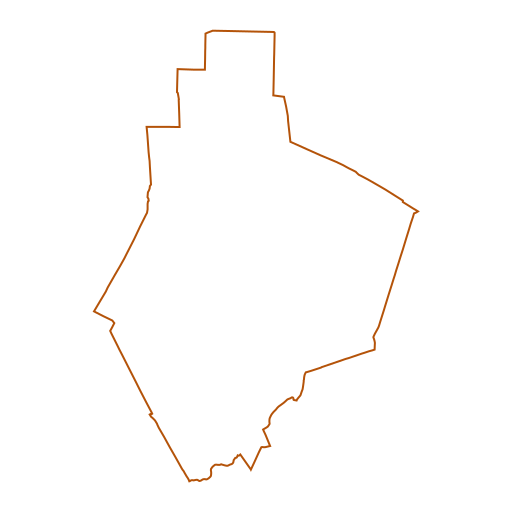 outline of Balesti, Vrancea, Romania
{"feature_id": "2599482B89340498251643", "entity_name": "Balesti", "entity_type": "district", "adm_level": 2, "iso_a3": "ROU", "parent_name": "Romania", "parent_adm1": "Vrancea", "projection": "albers", "projection_center": [27.24, 45.473], "detail": "fine", "context": "isolated", "style": "outline", "palette": "amber", "viewbox_px": 512, "rotation_deg": 0, "n_neighbors": 0, "source": "geoboundaries", "source_scale": "gbopen_adm2", "svg_char_len": 4406}
<svg xmlns="http://www.w3.org/2000/svg" viewBox="0 0 512 512"><path d="M418.0,211.4L415.1,209.6L413.2,208.5L402.8,202.0L402.9,200.6L394.3,195.2L385.6,189.7L379.6,186.2L368.1,179.6L363.4,177.1L360.7,175.7L358.7,174.7L356.3,172.4L355.8,171.8L352.1,169.9L349.2,168.5L346.4,167.0L343.2,165.2L340.9,164.1L337.5,162.5L337.2,162.3L321.5,155.7L321.2,155.6L307.1,149.3L290.4,141.8L288.1,121.1L287.8,115.9L286.1,106.5L284.2,97.9L284.1,97.4L284.0,96.8L273.3,95.4L273.4,93.4L273.7,79.2L274.1,57.3L274.2,54.7L274.6,35.5L274.6,34.0L274.6,33.1L274.6,32.7L274.4,32.4L274.2,32.2L273.8,32.0L270.3,31.9L251.1,31.5L246.5,31.4L228.3,31.0L222.7,30.9L212.7,30.7L210.9,31.4L207.7,32.6L205.5,33.6L205.5,35.9L205.4,40.2L205.3,45.4L205.3,48.1L205.2,50.8L205.1,58.9L205.0,63.5L204.9,69.7L194.9,69.7L177.6,69.1L177.3,80.1L177.0,92.2L177.8,93.0L178.9,99.4L178.7,99.7L179.2,113.4L179.6,127.0L176.4,127.0L170.3,126.9L162.2,126.9L146.6,126.9L147.0,131.0L147.4,135.2L148.6,152.2L148.8,154.1L149.1,157.1L149.6,161.0L149.9,166.8L150.4,174.9L151.0,184.6L149.9,186.0L149.6,188.6L148.8,190.7L148.2,191.7L147.9,192.5L147.5,197.2L148.4,198.7L148.7,200.8L148.0,201.4L147.6,203.9L147.6,209.4L147.0,212.9L146.1,214.5L142.1,222.5L140.1,226.5L134.1,239.2L128.4,250.4L126.4,254.3L124.4,258.3L120.1,266.0L114.9,274.9L107.7,287.5L105.8,291.6L99.7,301.8L94.0,311.4L103.4,316.2L108.6,318.7L112.3,320.5L114.3,323.1L112.1,327.4L110.2,330.9L111.4,333.5L112.3,335.3L116.4,343.5L117.6,345.9L119.4,349.6L122.3,355.2L129.7,369.8L136.0,382.2L137.7,385.6L140.4,391.0L146.2,402.2L151.5,412.2L152.2,413.7L151.6,414.1L151.1,414.1L150.6,414.0L149.7,414.5L151.1,416.8L151.6,417.2L152.5,417.9L153.1,418.5L154.6,420.0L155.3,420.9L155.9,421.9L157.0,423.7L157.3,424.6L158.8,427.8L159.8,429.5L160.9,431.4L164.1,436.9L166.9,442.0L170.1,447.8L175.2,456.7L178.4,462.4L181.9,468.7L182.6,469.8L183.5,470.9L183.8,471.4L184.6,472.9L186.0,475.3L186.7,476.5L187.2,477.2L187.8,478.1L188.2,478.8L188.7,479.7L189.1,480.8L189.3,481.3L189.9,481.1L190.3,480.8L191.0,480.4L191.6,480.2L192.1,480.2L192.5,480.2L192.9,480.2L193.5,480.4L194.1,480.3L194.8,480.1L195.9,479.9L196.8,479.8L197.5,479.9L198.0,480.2L198.9,480.8L199.6,481.0L200.3,480.8L201.1,480.5L201.8,480.0L202.6,479.5L203.1,479.3L204.2,479.1L205.0,479.1L205.9,479.4L206.4,479.4L207.1,479.2L208.5,478.4L209.2,477.8L210.3,476.8L210.9,475.9L211.1,474.6L211.2,473.0L211.1,471.6L210.9,470.5L210.9,469.9L211.0,469.0L211.8,467.8L212.4,467.0L213.0,466.4L214.2,465.4L215.0,464.8L215.7,464.7L216.6,464.7L218.2,464.9L219.1,464.9L219.6,464.9L220.3,464.7L220.8,464.4L221.3,464.3L221.7,464.5L222.8,464.8L223.5,465.0L224.5,465.3L225.8,465.6L227.1,465.8L228.3,465.5L229.2,465.0L230.5,464.4L231.4,464.2L232.3,463.7L232.8,463.2L233.3,462.3L233.7,460.1L234.1,459.6L234.9,458.4L235.3,457.9L235.8,457.9L236.3,457.7L236.8,457.4L237.2,456.5L237.5,455.9L237.7,455.4L237.9,455.5L238.5,455.7L239.2,455.5L239.7,455.1L240.3,454.5L250.8,469.4L250.9,469.6L254.3,462.3L258.9,452.2L261.2,447.5L261.4,447.2L261.7,447.1L262.2,447.0L262.7,447.1L263.6,447.2L264.8,447.2L265.6,447.1L268.0,446.5L270.1,446.0L265.6,435.0L264.2,432.0L263.9,431.4L263.1,429.5L264.8,428.5L266.5,427.5L267.8,426.6L268.7,425.3L269.5,424.1L269.6,423.5L269.5,422.9L269.4,421.6L269.4,420.7L269.5,419.1L269.8,418.0L270.5,416.5L271.4,414.7L272.2,413.6L273.5,412.0L274.6,410.9L276.0,409.5L276.9,408.3L278.0,407.1L278.9,406.3L280.6,405.1L283.6,402.9L285.2,401.5L286.6,400.2L287.1,399.7L287.5,399.4L288.2,399.1L289.7,398.5L290.4,398.3L291.1,397.8L291.8,397.4L292.2,397.4L292.6,397.4L292.8,397.5L293.2,397.9L293.4,398.4L293.5,399.6L293.6,399.8L293.9,400.0L296.6,400.5L297.0,399.5L297.4,399.0L298.6,397.5L300.0,395.9L300.6,395.0L300.8,394.3L301.7,391.6L302.4,389.8L302.6,389.2L303.0,386.8L303.5,383.2L303.7,381.6L303.7,380.5L304.0,379.3L304.1,377.6L304.4,375.9L304.7,374.7L305.3,373.3L305.9,372.3L307.2,372.0L310.9,370.9L321.0,367.6L321.5,367.2L343.2,359.8L343.7,359.6L346.1,358.8L348.6,358.1L362.1,353.5L364.1,352.9L369.2,351.2L372.2,350.4L374.6,349.6L374.7,347.2L374.8,344.8L374.9,342.9L374.6,341.2L374.1,339.3L373.4,337.4L373.5,336.7L374.9,333.7L378.3,327.6L379.0,325.8L380.3,321.5L382.8,313.6L384.0,309.8L384.9,306.8L387.3,299.0L389.2,292.9L391.7,285.0L393.4,279.5L394.7,275.5L396.1,270.7L398.3,263.8L400.7,256.1L402.9,249.3L405.0,242.4L406.3,238.1L407.7,233.6L409.1,229.1L410.8,223.4L413.0,216.9L414.0,213.4L415.6,212.8L417.4,211.8L418.0,211.4Z" fill="none" stroke="#b45309" stroke-width="2"/></svg>